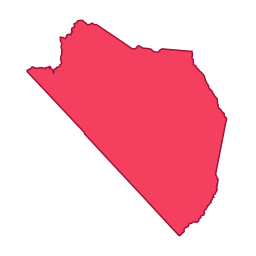 outline of Eldorado do Carajás, Pará, Brazil, rotated 88°
{"feature_id": "56859067B11338403057806", "entity_name": "Eldorado do Carajás", "entity_type": "district", "adm_level": 2, "iso_a3": "BRA", "parent_name": "Brazil", "parent_adm1": "Pará", "projection": "orthographic", "projection_center": [-49.273, -6.12], "detail": "fine", "context": "isolated", "style": "filled", "palette": "rose", "viewbox_px": 256, "rotation_deg": 88, "n_neighbors": 0, "source": "geoboundaries", "source_scale": "gbopen_adm2", "svg_char_len": 3191}
<svg xmlns="http://www.w3.org/2000/svg" viewBox="0 0 256 256"><g transform="rotate(88 128 128)"><path d="M68.0,226.9L98.1,200.5L101.4,197.6L122.5,179.2L131.1,171.6L132.1,171.8L153.8,153.1L158.4,149.1L160.9,146.9L165.0,143.4L192.2,119.7L198.7,114.1L199.8,113.1L205.1,108.6L209.3,105.0L212.5,102.2L224.0,92.3L233.0,84.5L237.3,80.8L237.0,79.5L235.5,78.0L234.6,77.5L234.4,76.5L233.6,75.5L232.6,75.5L231.7,75.9L230.5,75.0L229.5,74.1L229.4,73.2L228.6,72.4L228.8,71.4L228.0,71.0L226.5,70.6L225.7,70.0L225.7,68.7L225.3,67.7L224.6,66.8L224.2,65.7L224.1,64.5L224.3,63.4L224.7,62.3L223.2,60.5L222.2,60.5L221.1,59.9L220.6,59.1L220.1,58.4L218.6,58.4L218.2,57.2L217.6,56.3L217.7,55.4L216.5,55.2L216.0,54.4L214.7,54.7L213.8,55.0L213.0,54.4L212.3,53.6L212.0,52.8L211.1,52.4L209.2,51.4L208.4,51.2L208.2,50.3L207.3,50.0L206.6,49.1L205.8,48.3L205.1,47.4L204.2,47.8L203.4,47.4L202.7,46.6L200.4,45.7L200.2,44.7L199.3,45.2L198.5,44.9L197.5,44.9L197.3,43.8L195.7,42.5L194.8,42.3L194.2,41.8L193.3,41.2L192.3,41.1L191.6,41.5L190.5,41.7L189.7,41.2L188.9,40.9L187.9,41.1L187.0,40.5L185.5,40.4L184.2,40.0L183.2,39.8L182.2,39.8L181.6,40.5L180.7,40.9L179.7,41.2L177.3,42.0L171.3,40.7L137.6,32.8L135.6,32.4L121.9,29.1L120.9,29.8L120.7,30.7L119.7,30.9L118.7,31.5L117.6,31.3L116.7,31.6L115.6,32.7L114.8,33.8L113.8,34.2L112.6,34.9L112.1,35.7L111.1,36.6L110.0,37.0L108.9,37.3L108.0,37.1L107.0,37.6L106.0,37.8L104.9,37.6L103.4,37.9L101.7,38.0L100.6,39.0L99.8,39.8L98.6,40.6L97.5,41.0L96.2,41.9L95.3,42.4L94.4,42.7L93.4,43.2L92.8,44.0L90.7,45.8L89.4,45.9L88.2,46.3L86.9,46.9L86.1,47.7L85.1,48.0L84.0,48.6L82.8,49.0L81.8,49.2L80.8,49.5L79.8,49.7L78.8,49.8L78.1,50.4L76.6,51.5L75.8,52.1L73.4,54.5L72.2,55.4L71.2,56.3L70.5,57.0L69.7,57.5L68.5,57.9L67.8,58.7L67.4,59.7L66.7,60.5L65.2,60.3L64.1,60.3L62.2,60.5L61.4,60.8L60.6,61.5L59.2,61.6L58.3,61.2L56.8,61.0L55.7,61.0L54.5,61.5L53.7,61.3L50.4,89.2L50.0,90.6L50.5,91.9L50.9,92.8L52.0,94.1L53.1,95.1L53.3,96.7L52.8,98.4L51.9,100.6L50.1,102.1L49.6,104.2L49.1,106.4L48.8,110.2L48.0,111.3L46.6,113.4L46.2,114.6L46.5,115.6L48.1,116.7L49.0,118.2L49.1,119.8L48.8,121.3L48.2,122.1L40.7,132.3L23.5,156.0L23.7,157.1L23.6,158.4L22.0,159.6L22.5,161.4L23.5,163.4L23.1,165.3L21.0,167.1L20.6,168.4L19.4,169.0L18.7,170.5L18.9,173.6L19.4,174.8L20.6,175.5L21.5,176.7L21.9,178.2L23.5,178.0L25.0,177.8L25.6,178.8L26.0,180.3L26.8,180.7L27.8,180.8L29.0,181.2L29.8,180.1L30.7,180.9L31.3,181.7L32.8,181.8L32.4,183.3L32.4,185.0L33.2,186.1L34.4,186.3L35.9,187.0L36.4,188.3L35.4,189.5L35.0,191.3L35.0,192.7L36.8,192.4L37.9,192.6L39.2,192.3L40.8,191.3L41.9,191.2L43.1,191.7L44.4,192.0L45.5,192.0L46.7,191.5L48.8,191.3L50.3,191.7L52.2,191.6L53.5,192.4L55.1,192.8L57.0,193.0L58.3,192.7L59.2,192.4L60.3,192.1L61.4,192.1L62.3,193.7L63.7,193.8L64.1,194.8L64.7,195.8L65.0,197.4L66.1,197.6L66.2,198.6L66.7,199.5L67.7,200.1L69.2,200.0L70.4,200.4L69.2,201.0L67.7,201.2L66.6,201.9L66.1,202.8L65.9,203.7L65.1,203.2L64.0,203.5L63.7,204.6L64.9,205.2L64.6,206.8L64.8,208.0L65.8,209.2L65.3,210.3L64.7,211.4L64.9,212.7L64.6,213.8L65.0,215.4L65.2,216.5L64.7,217.9L65.1,219.1L63.7,220.7L63.7,221.9L64.7,222.5L65.5,223.4L66.0,224.5L66.2,225.8L66.9,226.7L68.0,226.9Z" fill="#f43f5e" stroke="#9f1239" stroke-width="1.5"/></g></svg>